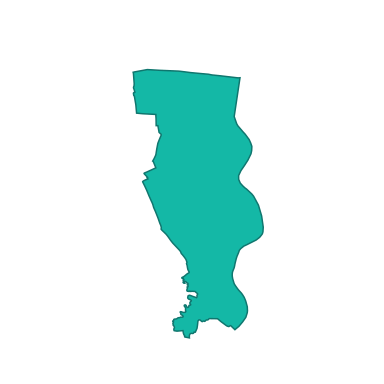 the district of Ninh Kieu, Hau Giang, Vietnam, rotated 309°
{"feature_id": "81297802B54398389952996", "entity_name": "Ninh Kieu", "entity_type": "district", "adm_level": 2, "iso_a3": "VNM", "parent_name": "Vietnam", "parent_adm1": "Hau Giang", "projection": "robinson", "projection_center": [105.742, 10.032], "detail": "fine", "context": "isolated", "style": "filled", "palette": "teal", "viewbox_px": 384, "rotation_deg": 309, "n_neighbors": 0, "source": "geoboundaries", "source_scale": "gbopen_adm2", "svg_char_len": 5460}
<svg xmlns="http://www.w3.org/2000/svg" viewBox="0 0 384 384"><g transform="rotate(309 192 192)"><path d="M290.4,125.5L284.0,115.9L278.5,107.0L277.3,105.2L266.3,90.4L259.0,80.2L251.3,73.6L249.1,71.7L248.0,70.9L247.5,71.6L246.4,72.7L239.8,78.9L238.4,79.9L237.6,80.3L236.9,80.5L236.1,81.0L235.9,81.4L235.5,82.0L234.9,83.0L234.0,84.2L233.7,84.8L233.1,84.7L232.7,84.3L232.2,84.2L231.8,84.4L230.7,85.6L230.3,86.1L230.3,86.5L230.3,86.8L224.4,93.5L218.4,99.3L221.7,104.3L228.3,113.4L229.5,115.1L228.2,116.2L226.6,117.7L224.6,119.4L221.0,122.4L222.1,123.7L217.6,128.9L217.4,131.7L216.9,132.2L216.4,132.4L212.2,133.6L208.4,134.8L203.3,137.5L199.7,139.6L198.7,140.2L197.5,140.7L193.7,141.6L191.3,142.0L191.4,142.4L191.3,142.7L191.0,143.3L188.0,148.7L179.1,144.3L176.7,143.0L176.1,143.2L175.4,148.2L174.9,148.0L174.5,149.1L174.4,149.5L172.1,148.2L170.3,147.4L169.6,147.2L169.2,147.1L168.9,147.2L168.7,147.6L166.7,151.9L164.9,155.6L161.9,161.1L159.4,166.0L158.6,167.7L157.5,169.6L155.8,172.0L153.8,175.9L151.1,180.7L150.3,182.1L147.5,186.6L146.4,188.7L145.6,189.8L144.9,190.7L144.3,191.0L143.7,191.3L143.4,192.7L142.9,198.4L142.4,200.8L140.9,206.1L140.2,209.2L139.6,213.6L139.0,218.1L138.8,219.3L138.5,220.5L138.1,221.3L137.6,222.1L137.4,222.6L137.3,223.7L136.8,226.0L136.3,228.0L135.7,229.9L134.8,231.3L134.3,232.2L133.9,232.5L133.4,232.6L132.9,232.8L131.8,234.5L130.6,235.8L129.6,237.0L129.1,237.7L128.5,238.9L128.1,240.1L127.8,240.4L127.2,240.4L125.2,239.7L122.1,239.1L120.9,238.8L119.7,238.2L119.2,238.0L118.9,238.1L118.7,238.4L118.9,239.0L119.2,239.3L119.4,239.6L119.2,239.9L118.9,239.9L118.7,240.0L118.7,240.5L118.8,240.8L118.7,241.1L118.4,241.2L118.2,241.1L117.9,240.8L117.7,240.8L117.6,241.0L117.6,241.3L117.5,241.7L117.3,241.8L116.9,241.8L116.3,241.8L116.1,242.0L116.0,242.5L116.0,243.0L116.2,243.4L116.5,243.7L116.7,243.0L116.8,242.9L117.2,242.7L117.6,242.8L118.0,242.9L118.3,243.1L118.5,243.5L118.5,243.9L118.1,244.6L118.1,245.0L118.2,245.3L118.4,245.5L118.5,245.8L118.4,246.4L118.1,246.8L117.8,247.0L117.5,246.8L117.2,246.6L116.9,246.9L117.0,247.2L116.9,247.5L116.6,248.1L116.2,248.4L115.9,248.5L115.6,248.3L115.3,248.0L115.1,248.0L114.9,248.2L114.7,248.6L114.3,248.9L113.6,249.3L113.2,249.4L112.7,249.6L112.3,249.9L112.0,250.4L112.0,250.8L112.3,251.3L112.5,251.6L112.7,252.0L112.8,252.3L113.1,252.4L113.6,252.6L113.7,252.8L113.7,253.2L113.8,253.5L114.3,254.0L114.8,254.4L116.5,256.8L116.7,257.3L116.6,257.6L116.5,258.3L116.5,259.4L116.5,260.1L116.4,260.4L116.1,260.7L115.1,260.8L114.8,260.9L114.5,261.3L114.1,261.6L113.7,261.9L112.7,262.0L112.5,261.3L111.8,259.5L111.2,257.8L110.9,256.8L110.4,255.4L110.0,254.8L108.8,254.3L108.4,254.5L107.4,255.0L107.0,255.3L106.7,256.1L106.7,257.0L107.0,258.0L107.2,258.5L107.3,259.3L107.3,259.6L107.1,259.9L106.8,260.0L105.9,259.8L105.4,259.9L104.5,260.1L104.1,260.5L103.9,261.0L103.8,261.6L103.6,261.9L103.3,262.0L102.9,261.8L102.4,261.3L102.0,261.1L101.4,261.3L100.8,261.6L100.4,261.7L100.0,261.6L99.5,261.2L99.4,260.6L99.6,259.9L100.1,258.9L100.2,258.3L100.1,257.9L99.8,257.6L99.4,257.3L98.9,257.4L98.6,257.6L98.4,258.1L98.2,258.9L97.9,259.7L97.5,260.3L97.2,260.5L96.8,260.7L96.3,261.2L95.9,261.5L95.5,262.1L95.2,262.4L94.7,262.5L94.3,262.4L93.8,261.9L92.9,261.0L92.7,260.4L92.2,259.0L91.8,258.4L91.6,258.3L91.2,258.4L91.0,258.9L90.8,259.3L90.5,259.8L90.0,260.3L89.9,260.4L89.8,260.7L90.0,261.4L90.1,262.2L90.0,262.9L89.6,263.5L89.2,263.6L88.7,263.4L88.0,262.5L87.7,262.0L86.9,261.6L86.3,261.2L85.8,260.6L85.4,260.3L84.6,260.1L83.8,259.9L83.2,259.4L82.5,258.7L82.1,258.3L81.7,258.1L81.3,258.1L81.1,258.4L80.8,258.5L80.5,258.6L80.1,258.4L79.9,258.3L79.5,258.3L79.3,258.6L79.3,259.0L79.3,259.3L79.3,259.5L78.9,259.6L78.2,259.7L77.7,260.0L77.5,260.5L77.3,260.8L77.0,260.8L76.6,261.2L76.5,261.9L76.4,262.5L76.0,263.2L75.4,263.8L74.6,263.9L73.9,264.3L73.4,264.7L73.0,265.4L74.1,267.4L74.7,268.2L78.6,272.2L76.9,274.1L75.9,275.7L75.8,276.5L75.6,276.9L74.9,277.3L74.8,277.7L77.0,281.8L77.5,281.3L78.3,280.7L78.8,280.3L79.7,279.9L80.5,279.8L81.1,280.0L81.8,280.5L82.4,281.5L82.9,281.9L83.4,282.0L84.1,281.8L84.4,281.8L84.6,282.0L84.8,282.5L85.2,282.8L89.2,281.7L90.4,281.0L91.6,280.3L93.5,279.1L95.3,277.9L96.1,277.8L96.5,277.8L97.1,278.0L97.4,278.4L97.6,278.9L97.6,279.7L97.5,280.7L97.6,281.3L97.9,281.7L98.5,281.9L98.9,282.1L99.2,282.5L99.4,283.2L99.8,283.4L100.2,283.5L101.2,283.6L101.9,283.9L102.2,284.3L102.4,284.7L102.9,284.9L104.0,285.0L104.5,285.1L109.6,291.6L109.5,296.2L109.8,303.1L110.1,304.2L110.4,305.0L110.7,305.4L111.6,305.6L112.4,306.0L112.5,306.2L112.2,309.6L112.0,312.0L113.7,312.3L117.1,313.0L123.0,313.1L128.5,312.7L133.0,310.9L134.7,309.8L135.9,308.7L137.6,307.2L140.7,302.9L141.4,301.8L143.0,298.8L144.0,295.9L144.5,294.1L145.1,290.1L145.4,288.7L146.3,285.4L147.0,283.2L147.4,282.3L148.2,281.1L150.2,278.2L151.9,276.3L153.3,275.1L154.8,274.1L156.5,273.4L159.2,272.6L160.4,272.1L161.6,271.5L163.0,270.7L167.9,268.4L170.2,267.5L174.0,266.4L176.5,265.5L178.6,265.5L182.5,266.3L185.6,267.8L195.1,272.1L199.5,273.1L202.0,273.1L203.8,273.0L205.7,272.2L209.5,269.5L217.2,261.2L223.6,251.9L227.5,242.5L228.1,239.7L228.6,232.5L228.5,230.6L228.7,227.7L229.3,223.9L231.2,220.3L234.1,217.9L239.3,216.6L246.6,216.0L247.4,215.9L251.9,215.4L258.8,213.8L261.6,212.4L264.6,210.2L265.2,209.7L267.0,206.8L268.7,203.4L270.4,196.9L270.9,193.4L272.3,186.0L273.1,183.9L276.0,179.2L277.2,177.3L311.0,157.4L309.7,156.0L299.5,139.9L295.5,133.8L293.9,130.7L290.4,125.5Z" fill="#14b8a6" stroke="#0f766e" stroke-width="1.5"/></g></svg>